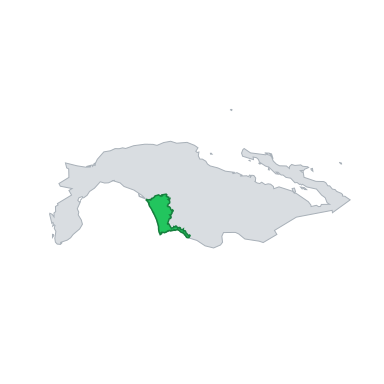 where Tamaulipas sits in Mexico, rotated 149°
{"feature_id": "MEX-2716", "entity_name": "Tamaulipas", "entity_type": "State", "adm_level": 1, "iso_a3": "MEX", "parent_name": "Mexico", "parent_adm1": "", "projection": "mercator", "projection_center": [-98.976, 24.945], "detail": "fine", "context": "in_parent", "style": "filled", "palette": "green", "viewbox_px": 384, "rotation_deg": 149, "n_neighbors": 0, "source": "natural_earth", "source_scale": "10m", "svg_char_len": 8591}
<svg xmlns="http://www.w3.org/2000/svg" viewBox="0 0 384 384"><g transform="rotate(149 192 192)"><path d="M60.5,103.8L82.3,101.9L81.3,104.1L115.5,116.7L141.1,116.6L141.1,111.9L157.0,112.0L159.8,115.3L170.9,124.5L173.6,132.1L175.6,135.0L185.9,141.0L189.2,138.7L191.7,133.2L194.8,131.9L202.3,132.9L208.5,139.1L212.7,147.9L219.8,155.9L220.2,160.9L223.4,167.1L239.0,172.8L241.1,171.9L236.4,187.6L234.8,206.2L235.5,210.1L239.6,215.4L238.7,218.2L239.0,215.4L235.6,210.9L236.7,215.0L240.8,223.6L247.4,231.7L248.9,236.8L253.5,241.9L252.2,241.8L254.9,243.0L254.0,242.3L258.9,242.9L262.3,244.7L265.4,248.0L273.6,245.5L279.6,245.2L283.6,243.2L287.9,242.8L288.7,243.5L288.4,244.6L291.8,245.3L294.2,243.7L293.6,241.0L292.4,241.7L292.7,241.1L299.0,236.7L299.4,233.1L301.3,231.0L301.3,225.1L302.5,220.8L307.3,218.2L315.8,216.8L319.6,215.3L323.7,215.0L330.5,216.5L331.1,215.5L329.3,215.5L331.7,214.8L334.4,216.8L334.9,219.4L333.5,222.9L329.0,228.3L328.8,231.8L326.6,234.0L327.0,234.8L329.0,234.5L326.9,236.7L326.9,237.6L328.3,237.3L325.5,246.2L324.8,247.0L323.4,245.0L323.1,241.7L321.1,245.1L319.0,245.4L316.5,249.9L313.5,249.9L313.3,251.4L296.8,251.4L296.7,256.7L293.0,256.7L301.9,264.8L301.7,267.8L290.0,267.9L285.8,275.3L287.0,277.2L285.5,282.1L277.1,273.7L270.3,268.0L266.2,265.8L265.7,266.4L269.5,268.3L263.6,266.6L264.0,265.2L262.4,265.8L261.4,264.6L260.3,265.9L262.3,266.5L259.3,266.8L256.3,268.8L246.9,271.8L240.8,269.4L235.6,268.8L232.1,266.6L228.7,265.6L226.5,263.5L218.1,261.7L207.7,257.2L200.9,252.9L198.0,250.0L190.9,249.0L184.2,246.5L180.0,241.7L170.7,237.1L165.8,230.7L164.1,226.8L167.8,224.9L167.2,223.2L165.5,222.7L168.0,219.7L168.3,216.1L166.2,214.9L164.3,211.3L164.3,207.9L163.0,205.0L157.5,199.4L152.7,192.7L145.2,186.8L147.3,187.9L147.4,186.6L143.5,185.4L140.5,180.8L142.6,180.9L136.7,177.7L135.9,176.2L133.7,176.8L133.4,176.1L135.0,174.2L132.2,175.6L130.5,174.3L130.2,171.2L132.2,168.5L132.9,169.0L131.5,166.2L129.6,164.4L127.2,164.5L125.5,160.7L122.5,159.8L120.6,158.2L119.4,154.8L120.2,152.7L114.8,151.6L105.4,140.8L104.9,138.2L103.5,137.4L97.3,123.8L96.8,119.6L97.4,118.2L92.2,116.5L91.0,114.2L89.3,113.5L87.5,114.7L80.4,110.6L81.7,113.3L80.8,118.5L82.5,122.6L83.8,130.4L91.0,137.2L93.3,141.7L94.4,141.5L95.0,142.9L96.0,143.1L97.0,146.0L99.0,146.9L100.3,153.0L103.9,156.1L105.2,159.6L106.9,160.7L108.1,164.7L109.6,165.7L108.7,162.7L110.8,164.4L113.3,173.7L115.6,176.3L118.8,182.9L118.3,185.6L119.0,188.1L121.6,190.5L122.6,188.1L130.2,196.6L129.5,199.8L126.6,202.1L124.9,202.4L121.7,195.4L109.8,186.0L108.7,186.1L106.2,183.2L105.7,181.1L106.4,176.7L105.3,172.4L103.5,169.4L97.7,165.7L96.4,162.0L95.4,163.6L92.4,164.3L90.2,161.8L84.8,159.2L83.9,157.1L79.8,154.0L79.4,152.9L83.7,153.5L86.1,152.6L86.1,153.6L88.2,154.6L87.4,152.1L86.4,151.9L88.4,146.9L80.3,137.3L73.7,133.1L72.5,131.0L72.4,127.4L70.8,126.3L70.2,122.2L68.1,120.4L67.7,118.0L64.8,114.1L64.2,112.3L65.1,111.1L63.1,109.5L60.5,103.8ZM105.1,140.9L104.4,143.4L102.2,142.6L103.1,138.9L104.3,138.5L105.1,140.9ZM96.4,140.4L93.4,137.8L92.5,135.0L94.1,136.0L94.5,137.5L96.0,137.9L96.4,140.4ZM333.4,227.6L332.6,226.8L333.0,225.8L335.0,224.9L333.4,227.6ZM106.4,186.1L104.2,183.7L105.4,178.7L105.1,183.2L106.4,186.1ZM78.2,150.6L76.6,150.2L77.7,147.5L78.4,149.5L78.2,150.6ZM50.5,141.6L49.0,139.8L49.3,139.0L49.8,139.1L50.5,141.6ZM108.2,186.2L109.5,188.1L106.8,186.2L108.2,186.2ZM156.6,214.9L156.3,215.7L155.6,215.4L155.3,214.1L156.6,214.9ZM119.6,181.1L120.1,182.6L118.6,180.8L119.6,181.1ZM114.3,171.1L115.1,171.8L113.9,173.2L114.3,171.1ZM116.7,242.6L116.2,242.8L115.3,242.2L116.0,241.4L116.7,242.6ZM290.8,242.8L289.3,243.2L291.8,242.4L290.8,242.8ZM126.8,189.7L126.1,189.5L126.0,188.1L126.8,189.7Z" fill="#d9dde1" stroke="#a8b0b8" stroke-width="1"/><path d="M217.9,154.6L218.0,154.7L218.4,154.7L218.5,155.0L218.8,154.9L219.0,154.9L219.1,155.1L219.5,155.3L219.7,155.5L219.8,155.6L219.8,156.4L220.0,156.4L220.0,156.5L220.1,157.1L220.0,157.5L219.9,158.0L219.7,158.2L219.7,158.3L220.0,158.4L220.0,158.6L220.3,158.8L220.4,159.0L220.5,159.3L220.4,159.5L220.3,160.0L220.4,160.4L220.4,160.5L220.2,160.9L220.4,161.2L220.5,161.3L220.8,161.3L220.8,161.5L220.9,161.8L221.3,162.2L222.1,163.2L222.4,164.1L222.7,165.2L222.8,165.9L222.9,166.1L223.1,166.2L223.3,166.3L223.5,166.7L223.6,166.8L223.4,167.2L223.4,167.3L223.6,167.4L223.8,167.5L224.1,167.5L224.3,167.6L224.5,167.5L224.8,167.6L225.0,167.6L225.3,167.8L225.5,167.8L225.8,167.9L226.1,167.8L226.3,168.0L226.7,168.2L226.8,168.3L226.7,168.5L227.0,168.5L227.0,168.8L227.4,169.0L227.5,169.1L228.1,168.9L228.4,169.1L228.7,169.1L229.0,169.2L229.1,169.5L229.3,169.3L229.5,169.4L229.8,169.5L230.1,169.6L230.0,169.8L230.3,169.9L230.7,170.4L231.4,170.8L231.7,170.9L232.0,170.9L232.5,170.8L232.7,171.1L232.8,171.1L233.0,171.1L233.3,170.9L233.9,171.0L234.5,170.9L235.2,170.9L235.4,171.0L235.5,171.2L236.3,171.2L236.5,171.2L236.6,171.3L236.8,171.5L237.1,171.9L237.3,172.0L237.7,172.4L238.0,172.6L238.4,172.6L238.5,172.7L238.5,172.9L238.6,173.0L238.8,173.0L238.8,172.9L239.0,173.0L239.3,173.0L239.3,172.8L239.2,172.4L239.3,172.4L239.5,172.2L239.6,172.3L239.8,172.3L240.0,172.1L240.0,171.9L240.6,171.9L241.2,171.9L240.9,173.3L241.0,173.7L241.0,173.9L240.9,174.3L240.8,174.7L240.7,175.1L240.1,176.6L239.6,177.7L238.3,179.8L236.6,186.4L236.0,191.4L235.9,193.4L235.8,193.6L235.7,193.7L235.0,193.6L235.5,193.7L235.6,193.8L235.6,194.0L235.6,194.9L235.7,194.7L235.7,194.0L235.8,193.7L235.9,194.1L235.7,196.1L235.6,197.0L235.5,198.8L235.7,201.6L235.6,202.8L235.6,202.1L235.3,203.2L235.2,203.4L234.9,203.7L234.9,203.8L234.8,204.0L234.5,203.9L234.7,204.1L234.7,204.3L234.4,205.0L234.4,205.3L234.5,205.4L234.8,205.2L234.7,204.8L234.8,204.7L234.9,204.8L234.9,205.1L234.8,205.9L235.0,206.9L235.0,207.2L235.1,207.8L235.4,208.5L235.1,208.7L234.9,208.8L234.7,209.0L234.4,208.7L234.2,208.5L234.2,208.4L234.4,208.1L234.2,208.0L233.7,207.7L233.4,207.7L232.9,207.5L232.6,207.5L232.1,207.1L231.9,207.0L231.8,206.5L231.6,206.4L231.5,206.5L231.3,206.6L231.1,206.7L230.9,206.6L230.7,206.8L230.7,207.0L230.3,207.1L230.1,207.2L229.9,207.0L229.7,207.1L229.4,206.9L229.3,207.0L229.2,206.9L228.8,206.9L227.8,207.0L227.6,206.9L227.3,207.0L227.1,207.1L226.5,207.2L226.4,207.3L226.1,207.6L225.9,207.6L224.9,207.5L224.6,207.4L224.0,207.2L223.5,207.0L222.5,206.9L222.3,206.8L222.1,206.7L221.5,205.5L221.2,204.9L220.9,204.5L220.7,204.8L220.3,204.8L219.9,204.2L219.6,204.0L219.4,204.0L219.6,204.6L219.6,204.8L219.6,205.0L219.4,205.1L218.4,204.7L215.3,203.5L215.3,203.4L215.2,203.1L215.0,202.6L215.1,202.4L215.3,202.3L215.7,202.1L215.9,202.0L216.1,201.8L216.2,201.5L216.1,201.2L215.9,200.9L215.4,200.4L215.3,199.7L215.1,199.7L214.9,199.8L214.5,200.2L214.6,199.9L214.8,199.3L214.9,198.4L214.6,198.1L214.2,197.9L214.7,197.4L214.9,197.3L215.2,197.3L215.7,197.5L216.2,197.7L215.8,196.2L215.8,195.9L215.9,195.7L216.2,195.0L216.7,194.2L216.8,194.1L217.2,194.0L217.7,194.0L218.2,193.9L218.7,193.9L218.9,193.8L219.1,193.6L219.8,192.6L220.2,192.6L220.3,192.6L220.2,191.9L219.6,191.4L219.0,190.9L218.9,190.6L218.8,190.1L218.8,189.7L218.8,189.3L219.2,188.1L219.2,187.9L218.9,186.4L218.0,186.8L217.8,186.3L217.7,186.1L217.7,185.8L218.3,185.3L218.5,185.2L219.1,185.0L219.3,185.1L219.6,184.9L219.8,184.9L219.9,184.7L219.9,184.4L220.0,184.2L220.3,184.1L220.5,183.9L221.1,183.7L221.3,183.7L221.6,183.3L222.2,183.6L222.9,183.8L222.8,183.4L222.6,183.0L222.6,182.8L222.7,182.6L223.0,182.2L222.7,181.6L222.8,181.4L223.0,181.4L223.0,181.1L223.4,181.1L223.6,180.8L223.9,180.4L224.1,180.4L224.3,180.8L224.5,180.9L224.8,180.9L225.2,180.8L225.4,180.7L229.0,177.7L229.3,177.5L229.4,177.3L229.4,177.0L229.3,176.9L229.1,176.8L228.5,176.8L228.4,176.8L228.3,176.5L228.3,176.1L228.4,175.3L228.4,173.3L228.4,172.4L228.4,171.8L228.3,171.6L226.8,171.2L226.3,171.0L226.1,170.9L225.9,171.0L225.4,171.8L224.9,171.4L224.2,170.6L223.8,170.6L223.6,170.8L223.4,170.7L223.2,171.0L223.0,170.7L222.9,170.1L222.9,169.5L222.9,169.0L222.8,168.7L222.7,168.6L222.3,168.7L222.2,168.7L221.6,168.0L221.4,167.6L221.2,167.6L221.0,167.8L220.8,167.9L220.7,167.7L220.5,167.4L220.5,167.2L220.5,166.9L220.7,166.6L220.8,166.4L220.9,166.1L220.9,165.8L220.8,165.5L220.6,165.3L220.3,165.1L219.7,164.8L219.3,164.6L219.2,164.6L218.5,164.7L218.8,164.3L218.9,164.2L218.9,163.7L219.0,163.5L219.3,163.1L219.2,163.1L219.1,162.9L218.8,162.7L218.7,162.6L218.3,162.6L218.1,162.5L217.8,162.1L217.8,161.5L218.2,160.1L218.3,159.9L218.2,159.7L217.9,159.4L217.7,157.6L217.5,156.9L217.3,156.6L216.2,156.4L216.1,156.0L216.1,155.8L216.1,155.6L216.6,155.3L217.0,155.1L217.9,154.6ZM235.1,204.1L235.2,203.7L235.3,203.6L235.2,204.1L235.1,204.3L234.8,204.4L235.1,204.1Z" fill="#22c55e" stroke="#15803d" stroke-width="1.5"/></g></svg>